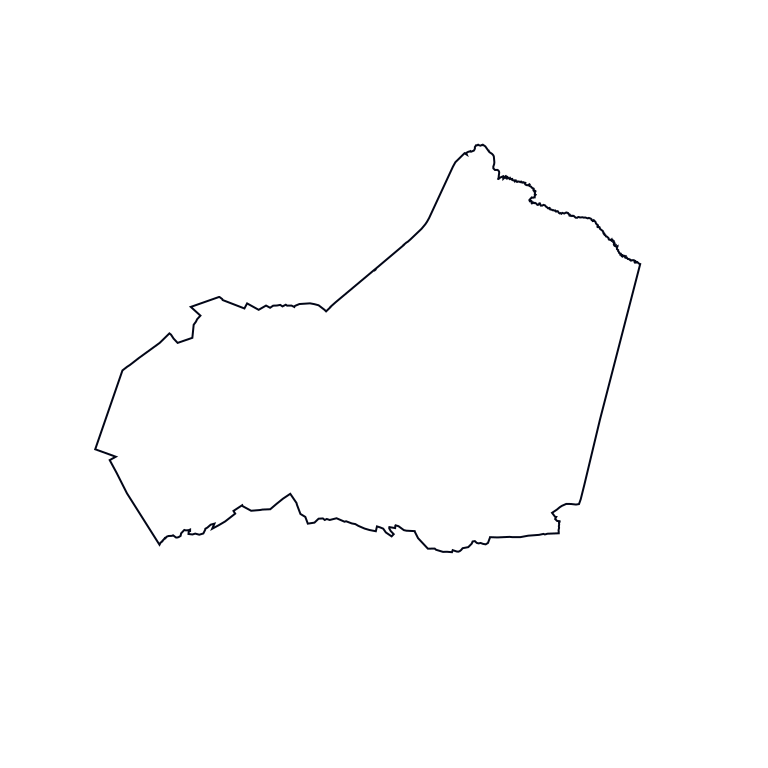 Ādažu pag., Ādaži, Latvia (Albers equal-area conic projection), rotated 32°
{"feature_id": "27541924B55238306547203", "entity_name": "Ādažu pag.", "entity_type": "district", "adm_level": 2, "iso_a3": "LVA", "parent_name": "Latvia", "parent_adm1": "Ādaži", "projection": "albers", "projection_center": [24.403, 57.108], "detail": "fine", "context": "isolated", "style": "outline", "palette": "ink", "viewbox_px": 768, "rotation_deg": 32, "n_neighbors": 0, "source": "geoboundaries", "source_scale": "gbopen_adm2", "svg_char_len": 6165}
<svg xmlns="http://www.w3.org/2000/svg" viewBox="0 0 768 768"><g transform="rotate(32 384 384)"><path d="M613.0,382.5L611.9,377.5L607.3,363.3L586.0,299.7L537.7,146.5L536.1,146.8L534.1,146.3L533.5,146.6L533.5,147.4L532.5,148.1L531.9,147.8L532.1,146.9L531.8,146.5L531.1,146.8L530.2,146.6L529.6,147.2L528.7,147.5L528.1,148.5L527.4,148.5L526.9,148.1L526.4,148.4L525.4,148.2L524.5,148.8L522.5,148.0L522.3,148.1L522.3,148.8L521.7,149.0L521.2,148.6L521.0,147.8L520.5,148.3L520.0,147.9L519.2,148.5L518.8,149.6L517.8,149.6L517.4,149.2L517.4,148.5L516.0,149.2L515.6,148.8L515.8,148.3L515.7,148.0L514.1,148.3L513.1,147.5L512.1,147.2L511.6,146.3L510.1,146.2L509.1,144.7L509.2,143.8L509.0,143.4L508.6,144.1L507.9,144.5L507.3,144.4L507.0,143.7L506.4,144.6L505.9,144.5L505.6,143.7L505.2,144.0L504.9,143.8L504.7,143.4L505.0,142.7L504.4,142.5L504.3,142.0L503.3,142.1L503.3,141.8L503.4,141.4L503.2,141.1L502.6,141.3L501.8,140.9L501.7,141.5L501.4,141.8L500.5,140.9L500.4,141.6L500.1,141.9L499.1,141.8L498.7,142.2L498.1,142.3L496.9,141.2L494.8,140.9L494.0,141.2L493.0,140.5L492.2,140.7L491.4,139.9L491.0,140.2L490.4,140.0L489.9,139.1L489.0,138.9L488.5,138.3L485.1,138.0L483.7,136.8L483.0,136.9L482.5,137.6L481.9,137.7L481.4,137.1L481.3,136.8L481.6,136.4L481.3,136.0L478.8,135.6L477.5,134.5L475.0,133.9L474.9,134.1L475.2,134.8L474.7,135.2L474.2,134.8L473.3,135.0L472.8,134.4L471.7,134.2L469.7,134.6L469.1,135.5L466.3,136.2L465.4,137.0L464.0,137.4L462.0,138.9L460.6,139.2L460.1,139.7L459.8,140.6L458.4,141.4L455.7,140.9L454.9,141.6L454.2,141.6L453.7,142.4L452.7,142.4L452.1,142.9L451.7,142.6L451.6,141.9L450.6,142.0L449.5,141.5L449.0,141.9L448.1,141.7L447.4,142.3L446.5,143.9L444.5,144.4L444.2,145.6L443.1,145.5L442.7,146.2L441.6,146.2L439.8,145.4L439.2,145.7L438.6,146.6L437.3,146.1L436.7,146.7L435.5,146.8L434.9,147.3L433.8,147.3L432.4,147.9L431.9,147.7L431.4,147.0L430.9,147.0L430.3,148.0L429.9,148.1L428.7,147.7L427.8,147.8L425.8,147.2L424.3,147.6L423.7,148.8L422.5,149.6L420.4,148.2L420.0,148.5L420.1,149.8L419.6,150.6L419.1,150.8L417.5,150.3L416.0,150.4L415.6,151.0L414.0,151.0L413.8,151.2L414.1,152.0L413.6,152.5L413.0,152.1L412.6,151.1L412.1,150.7L411.5,150.8L410.8,151.7L409.8,151.0L409.8,150.6L410.1,149.9L410.0,149.2L410.3,148.5L410.4,147.5L411.7,147.1L412.1,146.4L412.9,145.9L412.2,144.6L412.3,143.2L411.4,143.3L411.0,142.3L410.2,141.6L410.1,141.2L410.4,140.7L410.3,140.2L409.8,140.1L408.6,140.8L407.8,140.3L407.8,139.4L407.4,139.0L405.2,139.2L404.3,138.7L402.4,139.0L401.9,138.6L401.9,137.7L401.6,137.6L401.5,138.0L401.0,138.3L400.7,139.2L399.5,139.8L398.3,139.9L397.1,139.4L397.4,138.8L397.3,138.5L396.5,138.7L396.1,139.1L395.0,139.1L394.5,140.0L393.0,139.7L392.6,140.6L391.8,140.6L390.3,141.2L390.1,141.8L389.8,142.0L389.6,141.7L388.4,142.1L387.8,141.5L386.9,142.1L387.1,142.7L386.3,142.4L385.4,142.9L384.5,143.0L384.0,142.2L383.0,143.0L382.0,142.6L382.1,143.2L381.9,143.6L380.9,143.2L380.4,143.3L380.5,143.5L379.6,143.8L379.5,144.6L379.2,144.8L378.2,144.7L378.9,143.5L378.7,143.0L377.6,143.3L377.1,143.1L376.9,143.5L377.3,144.8L376.6,145.9L376.4,146.8L376.1,146.4L376.0,145.1L375.0,144.6L373.0,147.6L372.5,149.4L372.1,149.5L371.8,148.0L371.2,147.0L369.7,143.7L368.9,142.8L367.6,142.3L366.6,142.4L364.7,143.7L362.5,143.2L361.5,141.7L360.9,139.2L360.1,137.5L356.7,133.0L355.7,132.2L353.8,131.6L350.6,131.5L349.4,131.1L349.1,130.6L348.5,130.7L344.0,128.8L341.2,128.7L341.2,129.1L340.3,129.5L339.6,130.7L338.0,131.2L337.0,131.2L336.3,132.5L335.6,132.7L335.5,134.9L336.3,136.1L336.5,137.3L336.5,138.5L334.7,140.9L333.8,140.7L333.5,141.4L332.5,142.3L331.2,144.6L332.6,145.6L330.0,145.6L327.0,158.1L327.3,163.3L334.3,219.3L334.5,223.6L334.4,226.6L333.6,232.5L329.8,247.3L328.7,251.0L328.1,252.0L326.9,255.7L327.1,255.8L315.5,291.8L316.1,291.8L315.8,292.7L315.2,292.6L299.6,340.5L297.7,347.0L297.9,347.2L296.4,353.1L294.2,352.6L286.8,351.9L282.6,353.2L278.5,354.8L269.9,361.0L267.4,364.5L266.9,365.5L267.1,366.2L264.0,366.5L260.3,368.9L258.7,368.8L256.8,372.0L254.1,371.9L251.6,374.2L248.5,376.3L247.0,379.7L242.4,380.0L238.4,387.5L225.2,388.2L225.6,393.9L202.7,398.3L201.8,397.7L198.4,397.4L198.0,397.6L179.3,421.0L192.1,423.3L191.2,428.1L191.5,430.8L191.2,434.6L197.0,446.4L187.2,458.5L181.5,457.0L177.2,455.0L175.2,454.8L172.0,468.0L162.4,491.7L158.4,502.6L157.0,505.6L155.0,511.1L173.7,592.4L195.1,587.8L191.7,593.9L204.4,601.1L223.9,612.9L278.8,639.3L278.6,636.8L279.2,635.6L279.2,634.6L279.4,634.5L279.4,633.2L279.6,632.7L279.7,631.5L279.9,631.2L280.0,631.4L280.3,630.9L279.9,630.4L280.5,629.7L280.6,628.7L281.2,627.9L281.8,627.1L284.7,625.1L285.3,624.1L289.0,624.4L290.2,623.6L291.0,622.6L292.0,620.6L291.1,618.2L292.0,613.6L293.4,613.2L295.7,611.6L296.7,610.2L297.5,611.5L296.6,612.7L297.7,614.8L301.3,613.1L303.2,610.9L307.2,609.7L310.0,606.5L309.6,602.4L309.2,601.4L310.3,599.4L311.6,595.1L314.2,592.3L315.0,597.8L318.7,591.3L322.1,584.8L326.5,572.8L323.6,571.4L328.0,561.9L328.8,562.5L338.5,561.9L345.6,556.6L347.6,554.8L353.9,550.5L356.4,542.6L359.1,534.8L362.7,526.8L372.9,531.3L374.0,532.4L382.0,538.5L387.7,538.4L393.4,542.8L398.5,538.4L399.9,532.9L403.4,530.4L405.8,530.7L407.0,528.8L410.0,528.1L414.9,523.0L423.5,521.7L424.6,520.5L430.6,519.3L433.9,518.0L437.4,517.9L444.1,516.9L449.1,515.5L455.1,513.2L453.5,508.5L456.5,507.7L460.0,507.1L464.2,508.9L471.2,509.2L471.8,506.2L467.5,505.1L465.0,503.7L464.6,503.1L464.4,502.5L469.8,500.3L468.7,498.2L468.7,497.7L471.7,496.9L478.3,497.4L480.8,496.5L488.0,492.5L488.8,493.2L494.6,496.7L508.5,500.4L514.2,496.7L516.0,497.0L523.0,495.1L526.3,492.9L530.8,490.6L530.3,488.5L534.5,487.5L535.9,486.8L536.8,485.6L537.4,483.9L537.7,481.6L541.9,477.7L543.0,472.9L542.6,470.6L544.3,469.1L546.8,469.6L548.6,469.1L550.2,467.6L552.7,467.1L555.2,466.1L556.4,463.7L555.3,458.3L555.1,457.7L561.5,454.0L571.5,447.1L574.1,445.8L580.9,441.5L586.7,436.2L595.4,429.8L598.7,426.6L600.0,426.4L600.7,425.8L601.9,424.4L611.3,418.0L610.4,416.6L609.5,415.5L608.7,413.2L607.6,411.9L607.1,410.5L605.9,408.9L605.8,408.3L606.0,407.8L605.6,407.3L603.4,408.4L600.7,407.8L600.5,405.5L599.6,406.0L594.8,404.2L597.2,398.9L598.3,395.5L599.4,393.1L602.1,389.1L606.1,386.7L610.7,384.5L613.0,382.5Z" fill="none" stroke="#020617" stroke-width="2"/></g></svg>